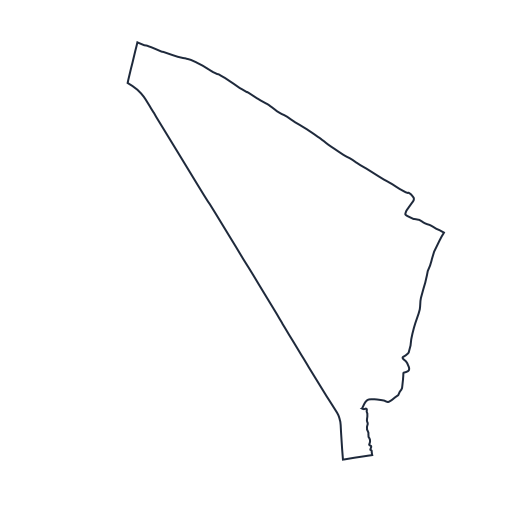 Vadhana, Bangkok Metropolis, Thailand, rotated 19°
{"feature_id": "78962969B23901249409330", "entity_name": "Vadhana", "entity_type": "district", "adm_level": 2, "iso_a3": "THA", "parent_name": "Thailand", "parent_adm1": "Bangkok Metropolis", "projection": "natural_earth1", "projection_center": [100.591, 13.727], "detail": "fine", "context": "isolated", "style": "outline", "palette": "slate", "viewbox_px": 512, "rotation_deg": 19, "n_neighbors": 0, "source": "geoboundaries", "source_scale": "gbopen_adm2", "svg_char_len": 5653}
<svg xmlns="http://www.w3.org/2000/svg" viewBox="0 0 512 512"><g transform="rotate(19 256 256)"><path d="M160.0,96.6L157.6,96.3L155.4,96.1L143.6,93.4L140.1,92.9L137.3,92.5L136.2,92.3L130.8,91.8L130.1,91.8L127.9,91.9L126.2,92.1L125.6,92.1L124.9,92.1L124.0,92.3L122.3,92.6L121.1,92.7L119.4,92.9L118.0,93.0L117.6,93.1L111.6,93.2L102.7,93.2L101.9,93.2L101.0,93.4L100.8,93.4L100.2,93.5L93.7,93.0L90.6,92.8L89.0,92.7L88.1,92.7L86.0,92.7L85.0,92.6L83.7,92.7L82.8,92.9L81.7,93.1L75.0,92.7L74.3,92.6L74.7,96.6L75.1,101.4L76.3,113.7L76.8,119.8L77.9,131.0L78.3,134.2L83.9,135.5L89.7,137.4L94.4,139.7L98.1,142.0L100.5,143.8L106.5,148.7L108.8,150.7L112.4,153.6L112.9,153.9L115.9,156.6L116.6,157.2L131.6,169.6L139.1,175.8L147.7,182.9L156.5,190.2L167.0,198.9L171.2,202.4L177.0,207.2L186.7,215.2L192.8,220.1L195.4,222.0L204.1,229.1L225.7,247.0L233.7,253.6L245.0,263.1L251.2,268.1L252.6,269.2L260.0,275.3L267.5,281.6L275.3,288.1L285.9,296.9L294.8,304.3L298.6,307.6L302.2,310.6L303.1,311.5L307.1,314.8L313.0,319.8L318.5,324.3L325.1,329.8L331.3,335.0L334.4,337.5L339.9,342.1L342.1,344.0L368.5,365.7L371.7,368.2L380.1,374.9L383.7,377.8L385.7,379.7L386.6,380.8L387.0,381.3L387.5,382.0L387.8,382.4L388.5,383.5L389.7,385.3L391.1,388.3L393.6,394.5L397.1,402.9L400.2,410.3L403.2,417.2L404.5,420.2L406.1,419.4L415.1,414.5L423.0,410.4L425.5,409.1L427.2,408.2L429.4,407.1L430.7,406.4L430.2,405.6L429.3,403.8L428.9,402.8L428.9,402.7L428.7,402.5L428.6,402.4L428.3,402.2L428.2,402.2L427.7,402.1L427.4,402.0L427.3,401.9L427.2,401.9L427.1,401.6L427.1,401.1L427.1,399.4L427.1,399.1L427.0,398.8L426.9,398.6L426.8,398.4L426.7,398.3L426.5,398.2L426.4,398.1L426.0,398.1L425.7,398.0L425.4,398.0L425.2,398.0L425.1,397.9L424.8,397.8L424.6,397.7L424.4,397.4L424.4,397.2L424.4,395.6L424.3,394.6L424.2,394.2L424.0,393.7L423.8,393.2L423.7,392.9L423.5,392.6L423.4,392.4L422.8,391.7L422.6,391.5L422.2,391.1L421.5,390.6L421.4,390.5L421.3,390.3L421.2,390.1L421.0,389.7L420.7,388.8L420.3,388.0L420.1,387.2L419.8,386.5L419.7,386.3L419.2,385.8L418.2,384.6L417.5,384.0L417.2,383.1L416.8,382.1L416.6,381.5L416.5,381.1L416.5,380.6L416.4,379.7L416.4,378.9L416.3,378.4L416.1,378.0L416.0,377.6L415.9,377.5L415.3,376.8L414.6,375.8L414.5,375.5L414.3,375.1L414.1,374.0L414.0,373.9L413.6,371.7L413.1,370.2L412.6,368.8L412.5,368.6L412.2,368.3L411.6,367.5L411.4,367.2L411.3,366.9L411.1,366.6L411.0,365.7L410.8,365.2L410.6,364.8L410.4,364.7L410.2,364.6L409.9,364.5L409.7,364.5L409.4,364.6L409.2,364.7L408.7,365.2L408.4,365.4L408.2,365.5L407.8,365.7L407.6,365.7L407.3,365.8L407.1,365.8L406.8,365.8L405.9,365.7L406.0,365.6L406.0,365.4L406.0,365.0L406.6,360.1L407.1,358.1L408.0,356.3L408.5,355.7L409.2,355.1L409.7,354.8L410.2,354.5L412.3,353.7L414.6,352.9L417.5,352.2L421.6,351.4L423.5,351.1L424.1,351.0L424.7,351.0L425.4,351.1L426.3,351.2L427.0,351.2L427.8,351.2L428.1,351.1L428.3,351.1L428.7,350.9L428.8,350.8L428.9,350.7L429.1,350.6L429.3,350.3L430.4,349.1L431.6,347.5L433.5,344.4L434.8,342.6L435.8,341.3L435.8,341.1L436.1,337.8L436.1,337.7L436.7,335.7L436.9,335.2L437.0,334.3L437.1,333.5L436.9,332.4L436.5,330.6L435.1,324.4L435.0,324.2L434.4,321.8L433.5,318.8L433.5,318.7L433.6,318.3L433.7,318.2L435.6,316.9L437.0,315.6L437.4,315.0L437.6,314.5L437.7,314.3L437.7,314.0L437.7,313.6L437.6,313.1L437.5,312.7L437.3,312.2L437.2,312.1L436.8,311.4L436.2,310.7L434.2,308.5L434.1,308.3L433.3,307.7L432.8,307.3L431.7,306.6L429.5,305.8L428.5,305.3L428.4,305.2L428.2,305.1L428.0,304.9L427.9,304.7L427.7,304.3L427.7,304.1L427.8,303.8L427.9,303.6L428.1,303.3L429.0,302.3L429.9,301.2L431.1,299.2L431.5,298.5L431.8,297.5L431.7,296.3L431.3,290.9L431.3,290.5L429.9,284.2L429.2,278.6L429.1,277.4L428.7,272.4L428.5,267.4L428.5,262.7L428.5,257.6L428.3,254.2L428.2,253.0L427.6,250.3L426.1,244.9L425.6,241.9L425.1,234.2L425.0,232.7L424.7,226.1L423.9,218.6L423.3,214.3L423.7,208.4L423.5,203.6L423.3,201.5L423.1,196.3L423.0,193.9L423.7,188.2L424.5,181.6L425.2,177.0L426.0,173.4L426.1,172.7L420.8,171.8L418.0,171.6L417.7,171.6L413.8,170.7L411.6,170.3L409.9,170.1L407.5,170.2L405.3,170.1L403.3,169.8L402.0,169.4L400.2,169.0L398.5,168.7L398.0,168.8L396.7,169.0L395.1,169.2L393.0,169.6L392.9,169.7L392.5,169.7L391.8,169.6L387.6,169.1L386.8,169.0L386.0,168.9L385.6,168.8L384.8,168.6L384.5,168.5L384.1,168.3L383.9,168.2L383.6,167.9L383.5,167.7L383.5,167.4L383.4,166.7L383.4,165.5L383.4,164.7L383.7,163.2L384.4,160.9L384.6,160.1L385.1,158.5L386.1,155.1L386.5,153.9L386.8,152.9L386.8,152.5L386.9,152.1L386.9,151.5L386.8,151.1L386.6,150.4L386.3,149.8L385.6,149.2L385.0,148.8L383.6,147.9L382.1,147.1L379.7,146.5L379.2,146.8L378.9,147.0L378.6,147.0L376.7,147.0L370.2,145.9L365.6,144.8L361.7,143.8L354.7,142.5L352.1,142.1L345.4,140.6L341.6,139.7L336.1,138.4L331.8,137.4L330.1,137.1L324.9,136.1L322.2,135.4L321.4,135.2L321.1,135.1L320.9,135.1L320.3,135.0L319.7,134.8L316.0,133.7L312.7,133.0L309.4,132.6L307.2,132.2L305.3,131.8L304.2,131.5L301.5,130.8L299.6,130.3L295.2,129.1L293.2,128.6L291.3,128.1L290.6,127.9L288.1,127.2L285.4,126.3L282.8,125.3L281.0,124.8L280.7,124.7L279.8,124.4L279.4,124.2L277.5,123.6L275.7,123.2L271.7,122.0L268.8,121.2L264.2,120.0L263.2,119.7L258.1,118.6L254.5,117.8L249.3,116.8L247.6,116.3L244.9,115.6L240.8,114.4L240.1,114.2L236.7,113.6L234.2,113.4L232.0,113.0L228.7,112.3L226.2,111.4L224.1,110.7L222.3,110.1L220.4,109.6L219.8,109.3L217.5,108.7L216.1,108.5L215.9,108.5L209.5,107.4L207.4,106.9L206.5,106.7L206.2,106.7L205.7,106.6L196.6,104.3L195.2,104.0L194.9,103.9L194.5,103.8L194.2,104.0L193.7,104.0L192.4,103.7L190.9,103.4L188.5,102.9L186.0,102.5L178.7,100.4L173.7,99.1L173.0,98.9L169.2,97.9L168.0,97.6L167.6,97.6L166.1,97.3L163.4,96.8L162.3,96.5L161.4,96.4L160.0,96.6Z" fill="none" stroke="#1e293b" stroke-width="2"/></g></svg>